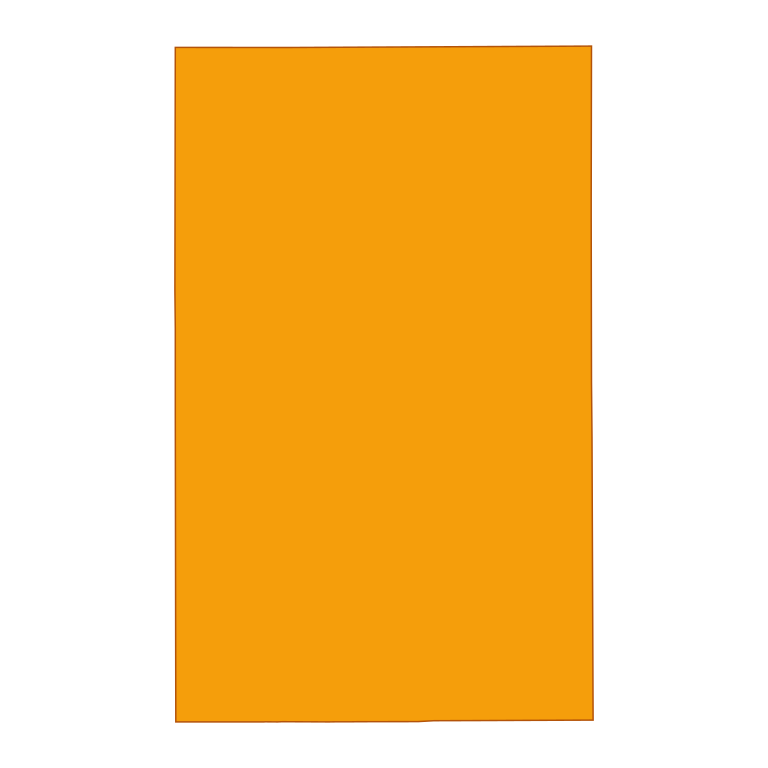 outline of Pike, Mississippi, United States of America
{"feature_id": "52423323B41002783843524", "entity_name": "Pike", "entity_type": "district", "adm_level": 2, "iso_a3": "USA", "parent_name": "United States of America", "parent_adm1": "Mississippi", "projection": "equal_earth", "projection_center": [-90.423, 31.175], "detail": "fine", "context": "isolated", "style": "filled", "palette": "amber", "viewbox_px": 768, "rotation_deg": 0, "n_neighbors": 0, "source": "geoboundaries", "source_scale": "gbopen_adm2", "svg_char_len": 476}
<svg xmlns="http://www.w3.org/2000/svg" viewBox="0 0 768 768"><path d="M175.3,47.4L174.9,290.5L175.3,328.8L175.3,413.3L175.6,608.4L175.8,721.9L264.0,721.9L265.3,721.8L277.7,721.9L279.7,721.8L282.3,721.7L307.6,721.8L328.1,721.9L329.2,721.9L335.6,721.8L350.8,721.8L357.6,721.7L417.9,721.6L434.0,720.7L466.1,720.6L467.9,720.6L593.1,720.1L592.0,437.5L591.5,382.3L591.2,214.6L591.2,198.2L591.5,46.1L288.9,47.5L175.3,47.4Z" fill="#f59e0b" stroke="#b45309" stroke-width="1.5"/></svg>